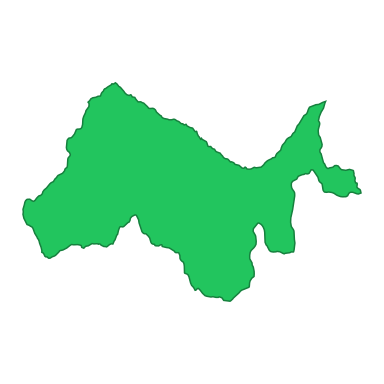 the district of Sacama, Casanare, Colombia
{"feature_id": "7082276B28125615795996", "entity_name": "Sacama", "entity_type": "district", "adm_level": 2, "iso_a3": "COL", "parent_name": "Colombia", "parent_adm1": "Casanare", "projection": "equal_earth", "projection_center": [-72.205, 6.05], "detail": "fine", "context": "isolated", "style": "filled", "palette": "green", "viewbox_px": 384, "rotation_deg": 0, "n_neighbors": 0, "source": "geoboundaries", "source_scale": "gbopen_adm2", "svg_char_len": 5984}
<svg xmlns="http://www.w3.org/2000/svg" viewBox="0 0 384 384"><path d="M45.6,256.8L47.0,256.9L48.6,258.2L50.0,258.2L52.6,256.6L53.8,256.3L55.5,255.4L58.7,252.2L59.8,250.7L62.9,250.0L66.8,248.0L70.3,245.2L71.6,244.5L73.6,244.8L77.6,244.6L79.8,245.0L81.2,245.5L81.7,247.3L82.0,247.5L83.8,248.2L85.2,246.7L86.1,246.2L88.3,245.8L92.0,243.6L93.9,243.9L97.2,243.7L98.4,244.2L98.9,243.8L100.4,244.3L101.0,245.1L103.8,246.5L105.7,246.6L106.3,246.9L107.1,246.6L109.4,244.7L111.1,243.8L112.9,244.0L114.1,241.1L115.0,239.9L116.7,235.3L117.6,234.3L118.5,230.3L119.5,227.6L119.9,227.0L120.3,226.7L121.0,226.7L122.9,226.9L123.9,226.4L127.8,222.7L129.2,222.0L130.0,220.4L130.2,219.1L130.6,217.9L132.0,216.4L135.0,214.9L135.7,215.0L136.5,215.5L138.6,219.8L139.1,223.0L142.0,231.7L143.3,233.2L144.3,233.7L146.0,233.8L148.3,236.1L149.7,238.0L150.9,242.2L151.6,243.4L152.6,244.0L154.5,244.4L155.0,245.5L155.8,245.8L158.7,245.9L160.4,244.9L161.4,244.7L162.1,245.2L162.1,246.2L162.3,246.5L166.3,247.5L169.2,247.9L174.3,251.1L175.1,252.3L175.7,252.6L178.5,252.7L178.9,253.1L179.9,255.6L180.0,258.4L180.6,259.8L182.1,261.4L183.1,261.9L183.9,263.5L184.3,266.0L184.5,272.8L184.9,273.3L186.7,273.9L188.0,274.8L189.0,276.9L190.6,283.0L191.6,285.3L193.7,287.6L195.1,290.3L195.8,290.2L197.4,288.6L198.4,288.4L200.2,290.2L202.7,293.5L205.1,295.7L207.0,296.3L211.0,297.0L212.9,296.7L216.1,297.4L218.3,297.4L219.2,296.8L221.9,297.8L223.7,300.4L230.0,301.2L230.6,300.9L232.7,299.0L233.3,298.1L239.4,292.5L240.3,291.2L241.9,290.1L248.9,287.3L249.3,286.5L249.6,282.8L250.1,280.9L251.8,278.2L254.0,276.5L254.2,273.8L254.1,271.3L253.3,267.1L252.2,265.0L252.0,262.8L249.9,259.1L249.7,258.3L249.7,255.1L250.2,252.3L251.1,250.5L253.9,247.7L255.1,246.1L256.0,244.3L256.2,241.3L255.7,236.4L255.4,235.4L253.1,231.3L253.4,228.7L257.8,223.2L258.8,223.0L260.9,224.2L262.1,225.4L263.3,227.3L264.3,229.8L264.7,232.3L265.1,242.3L266.2,245.0L267.0,245.7L269.2,250.1L269.9,250.9L270.9,251.6L273.2,252.0L276.1,251.8L277.0,251.4L280.0,251.8L283.4,253.6L284.3,253.8L285.2,253.3L289.8,252.7L291.4,251.9L293.3,252.0L293.6,251.8L294.1,249.7L294.9,243.0L294.4,239.5L294.0,231.7L293.8,230.6L293.4,229.7L291.3,226.5L290.6,222.3L290.8,217.8L292.6,209.8L294.7,196.0L294.7,194.6L294.6,192.9L294.0,191.5L292.3,189.1L291.6,187.5L291.3,185.5L291.4,183.2L291.8,182.4L292.9,181.1L296.7,179.1L298.2,176.3L302.1,174.7L304.0,174.4L305.3,173.6L307.2,173.9L308.3,173.7L309.1,173.3L311.2,169.8L312.8,169.9L313.8,171.0L318.0,177.3L318.8,180.4L319.5,181.7L321.8,183.6L322.2,184.5L323.0,189.6L323.3,190.6L324.4,192.0L326.3,192.3L328.8,192.0L332.0,192.5L334.0,193.3L336.7,195.1L338.3,195.8L340.6,196.6L342.5,196.8L346.0,196.7L347.6,195.8L348.8,193.4L350.1,192.4L351.0,192.2L352.9,192.3L356.9,193.8L358.4,194.0L361.0,193.0L360.5,190.6L360.0,189.6L357.4,187.9L356.9,187.0L357.2,184.2L357.1,183.3L356.8,183.0L355.6,182.9L355.2,181.6L354.9,180.8L355.2,178.0L354.8,177.0L354.1,175.9L353.9,174.7L354.0,173.1L353.7,172.5L353.5,170.9L353.0,170.4L349.5,169.4L345.8,170.3L341.6,169.7L340.5,168.9L338.2,166.0L336.4,165.5L334.8,165.6L332.7,167.3L329.8,167.8L328.1,168.5L327.3,168.3L325.9,166.9L324.6,163.9L323.5,162.7L321.1,153.8L320.2,152.6L319.8,151.2L320.0,149.5L321.3,147.7L321.9,146.4L322.1,144.4L320.2,137.4L318.9,135.5L318.6,134.7L318.2,131.0L318.4,129.2L319.6,124.7L319.7,123.4L319.4,122.2L318.6,121.2L318.5,120.4L319.3,116.6L321.1,112.2L323.5,108.2L324.9,103.1L325.6,101.4L322.7,102.4L318.8,104.4L315.9,104.7L309.5,107.2L308.4,109.3L307.5,112.0L306.6,113.9L303.9,115.7L299.1,123.8L297.3,125.8L294.8,131.9L292.9,133.5L291.1,136.6L288.4,137.9L286.6,139.4L284.9,142.4L282.4,145.2L281.4,147.6L280.7,150.2L276.9,153.5L276.0,155.0L275.3,157.0L274.4,157.5L272.6,157.8L271.4,158.8L268.4,160.2L267.1,161.0L265.0,162.9L263.7,164.8L261.2,167.1L256.3,167.8L254.2,167.3L251.2,168.9L249.6,169.2L247.6,169.1L246.6,168.7L246.1,167.7L245.1,167.1L243.8,168.3L242.2,168.1L239.0,165.3L235.1,164.4L233.7,162.7L231.5,161.8L230.5,162.0L228.0,159.3L227.1,158.9L225.4,158.7L224.4,158.2L223.4,157.4L222.6,156.1L221.0,154.4L220.2,153.2L216.5,151.8L215.7,151.2L214.5,149.2L213.0,148.8L212.2,148.3L210.7,146.5L208.9,146.6L208.0,146.3L206.7,142.4L206.2,141.6L202.1,139.3L201.5,138.3L200.7,139.3L200.5,139.1L199.4,137.2L198.3,136.0L197.3,133.8L196.7,131.5L196.5,131.3L195.3,131.7L194.9,131.4L192.6,128.1L189.6,127.4L188.5,126.6L187.3,126.2L186.0,124.3L184.2,125.0L182.8,123.8L181.1,123.6L178.8,121.5L177.1,120.9L174.8,119.4L173.8,119.2L171.4,119.8L169.1,119.8L167.7,119.2L164.0,118.5L162.4,117.7L161.8,117.1L161.3,116.0L159.8,115.1L156.5,112.1L155.4,109.9L154.1,108.8L152.9,108.3L150.0,108.5L148.6,108.2L147.5,106.7L143.7,103.1L142.3,102.7L140.8,101.8L138.1,101.9L135.9,99.3L134.8,97.4L132.2,96.9L131.2,95.0L130.4,94.8L129.2,95.5L126.8,94.7L124.7,92.7L123.9,91.4L120.4,87.3L118.8,86.4L116.9,83.9L115.4,82.8L113.6,84.0L111.9,83.8L111.1,84.9L107.8,86.9L105.7,88.5L104.6,88.9L104.0,89.6L103.3,91.2L102.3,92.1L101.4,93.3L100.5,96.0L97.9,96.3L96.1,97.2L92.7,97.8L90.8,98.9L89.6,100.8L88.2,101.9L88.1,102.4L88.9,103.2L89.1,103.8L88.9,106.6L86.0,110.6L85.4,112.9L83.7,116.4L82.9,119.0L82.6,124.4L81.8,127.5L80.8,128.7L79.1,129.1L77.6,129.1L76.4,129.5L74.5,134.0L72.2,136.9L71.1,137.8L69.0,138.1L68.4,138.5L67.1,140.3L66.4,147.5L66.7,149.2L67.5,150.8L69.2,152.2L69.8,153.1L70.3,154.6L70.1,155.6L68.2,157.9L67.8,159.1L67.4,165.7L67.1,167.1L66.8,167.6L65.6,168.4L65.0,169.1L64.6,170.7L64.1,171.4L62.5,173.3L58.1,175.4L57.1,176.5L56.6,177.5L55.1,178.8L53.4,181.6L51.0,182.8L49.8,183.9L46.5,188.0L44.3,189.8L42.9,191.7L42.4,193.4L41.9,194.3L40.4,195.6L39.2,195.7L38.1,196.6L36.5,198.3L35.1,200.3L33.8,201.2L33.2,201.3L31.9,200.7L29.8,199.2L27.5,199.3L26.8,199.5L25.6,200.7L24.9,202.2L24.3,204.9L23.0,209.3L23.3,211.9L23.0,214.4L23.9,218.3L27.0,224.5L29.6,225.5L30.3,226.2L31.3,226.6L32.1,227.1L33.0,228.4L34.8,233.4L37.0,237.0L37.6,238.5L38.4,239.4L39.1,241.1L39.6,243.3L41.1,247.3L41.9,250.7L41.8,252.3L43.3,253.1L44.3,254.8L44.7,256.0L45.6,256.8Z" fill="#22c55e" stroke="#15803d" stroke-width="1.5"/></svg>